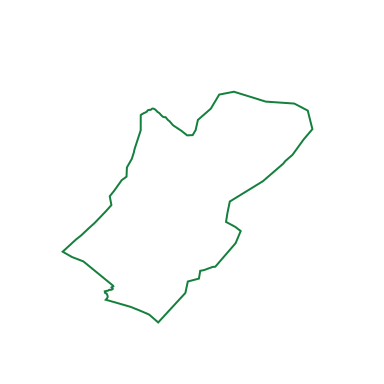 Bat-O'lzii, Övörhangay, Mongolia, rotated 148°
{"feature_id": "93677404B73570111048283", "entity_name": "Bat-O'lzii", "entity_type": "district", "adm_level": 2, "iso_a3": "MNG", "parent_name": "Mongolia", "parent_adm1": "Övörhangay", "projection": "mercator", "projection_center": [102.026, 46.786], "detail": "fine", "context": "isolated", "style": "outline", "palette": "green", "viewbox_px": 384, "rotation_deg": 148, "n_neighbors": 0, "source": "geoboundaries", "source_scale": "gbopen_adm2", "svg_char_len": 1812}
<svg xmlns="http://www.w3.org/2000/svg" viewBox="0 0 384 384"><g transform="rotate(148 192 192)"><path d="M322.2,146.3L305.0,127.2L299.3,119.4L293.3,110.8L289.8,99.3L251.1,109.9L243.0,118.3L232.0,114.9L226.8,120.8L223.2,119.4L214.1,117.5L214.0,117.4L211.8,116.3L195.7,121.3L182.1,125.5L171.4,133.1L173.8,139.5L179.0,148.6L174.3,154.0L174.1,154.3L165.0,163.9L126.0,163.6L99.6,167.7L96.5,168.8L87.0,170.3L69.5,177.4L69.2,177.5L56.6,181.5L50.7,199.7L58.4,212.8L81.6,229.6L103.3,254.8L117.3,260.2L131.9,252.7L148.8,250.0L156.2,242.5L161.3,239.9L166.1,242.6L168.6,249.6L172.7,258.6L173.4,263.0L173.5,263.9L173.8,264.5L174.3,266.0L174.3,266.5L174.5,267.3L174.6,268.8L174.8,269.5L175.3,269.8L176.0,270.2L176.6,271.0L176.9,271.5L177.4,273.3L177.6,274.5L177.7,275.2L177.8,275.7L178.0,276.6L178.9,278.3L178.9,278.8L179.2,280.3L179.6,281.6L180.2,282.8L180.9,283.4L181.0,283.5L181.3,283.7L182.2,283.8L182.9,283.6L183.4,283.6L184.0,283.8L184.6,284.2L185.1,284.5L185.9,284.7L186.5,284.6L187.3,284.3L187.9,284.1L188.2,284.1L188.5,284.1L189.0,284.1L189.8,284.2L190.9,284.4L191.7,284.4L192.7,284.5L193.3,284.5L193.8,284.5L194.7,284.4L202.8,271.5L218.0,258.8L220.4,256.3L225.5,252.0L234.2,247.3L239.4,239.7L245.3,239.3L257.9,234.1L264.0,232.0L267.3,223.6L274.9,221.4L291.1,217.3L298.6,216.0L309.2,213.9L315.6,213.2L333.3,209.9L328.2,200.4L320.9,190.7L308.6,154.4L308.6,153.8L309.2,153.7L309.7,153.7L310.4,153.8L310.8,153.8L310.8,153.5L310.4,152.2L310.6,151.8L311.1,151.7L311.9,151.8L312.6,152.0L313.1,152.3L313.9,152.9L315.2,152.9L315.9,152.9L316.7,153.4L317.6,153.6L318.6,154.0L318.8,153.5L319.0,153.2L319.1,152.6L319.1,152.1L318.5,151.7L318.3,151.4L318.3,150.8L318.3,150.1L318.5,149.3L318.7,148.5L319.1,147.7L319.5,147.4L320.1,147.0L320.8,146.8L321.5,146.5L322.2,146.3Z" fill="none" stroke="#15803d" stroke-width="2"/></g></svg>